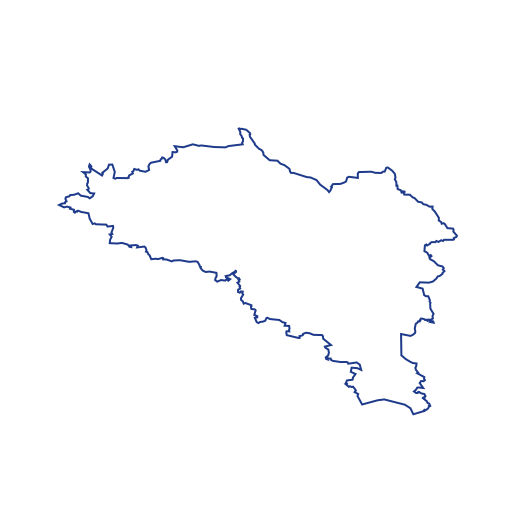 the district of Newcastle West Lea-6, Limerick, Ireland, rotated 193°
{"feature_id": "5873133B14454086811136", "entity_name": "Newcastle West Lea-6", "entity_type": "district", "adm_level": 2, "iso_a3": "IRL", "parent_name": "Ireland", "parent_adm1": "Limerick", "projection": "robinson", "projection_center": [-9.078, 52.442], "detail": "fine", "context": "isolated", "style": "outline", "palette": "blue", "viewbox_px": 512, "rotation_deg": 193, "n_neighbors": 0, "source": "geoboundaries", "source_scale": "gbopen_adm2", "svg_char_len": 6025}
<svg xmlns="http://www.w3.org/2000/svg" viewBox="0 0 512 512"><g transform="rotate(193 256 256)"><path d="M438.7,307.8L438.9,305.5L436.6,302.8L436.2,300.9L436.9,300.0L443.4,298.8L440.1,297.2L439.8,295.2L437.2,293.9L436.3,289.7L436.8,288.4L436.5,286.8L434.2,284.4L434.3,283.1L435.2,282.6L431.6,280.0L427.8,280.5L428.5,277.5L431.0,274.8L433.0,275.7L440.3,275.4L443.4,277.1L446.9,274.8L450.7,273.6L451.3,272.2L454.4,270.5L454.6,268.9L452.9,266.6L454.1,265.6L454.0,264.4L456.7,263.5L459.3,261.4L453.9,260.2L451.3,261.6L447.7,261.5L447.9,260.2L443.8,260.1L443.4,258.0L442.2,257.5L441.4,258.8L440.4,259.0L440.5,259.5L439.4,260.1L436.1,259.6L428.9,260.0L426.4,254.9L422.4,250.5L420.4,251.5L419.2,250.9L408.9,252.9L407.3,251.3L402.1,253.1L401.4,251.5L402.1,246.4L401.0,245.1L403.3,244.1L401.0,242.3L401.8,238.9L401.4,235.6L393.8,237.0L389.6,238.6L383.6,238.3L381.3,236.5L379.7,236.6L380.7,238.0L375.3,239.7L373.5,239.5L373.8,237.6L366.9,240.1L365.5,239.3L364.0,237.1L364.2,235.5L362.7,235.4L361.2,233.4L360.1,233.0L357.3,229.3L353.1,230.8L350.9,230.9L346.6,233.2L345.9,233.0L345.7,231.8L342.4,232.5L336.9,231.8L335.3,233.1L329.1,234.8L319.7,235.3L313.8,237.2L311.7,237.2L309.1,234.6L308.3,233.0L307.3,233.0L307.1,231.6L304.6,229.8L301.5,229.1L297.6,230.4L290.8,230.7L289.8,227.3L290.5,225.3L290.4,223.4L288.0,222.3L284.7,224.7L280.5,225.1L279.4,226.6L277.4,225.7L276.0,227.6L280.3,228.5L281.0,229.6L277.3,231.3L275.0,234.3L272.9,235.9L272.7,236.9L272.0,236.7L271.9,235.9L274.2,233.2L271.3,231.3L268.4,230.1L267.6,230.5L266.9,229.7L268.1,229.5L266.5,227.4L268.1,225.9L264.7,223.2L265.1,222.4L264.1,220.8L265.9,219.1L265.4,216.9L263.6,216.6L262.7,218.1L260.9,218.3L260.9,216.4L259.8,215.5L261.2,211.4L260.6,209.8L258.6,208.8L257.3,206.8L255.8,207.8L249.4,207.0L249.1,206.2L249.5,205.3L248.6,203.4L245.3,203.7L244.1,203.0L244.4,198.2L241.2,197.7L241.0,196.5L243.2,195.5L240.5,191.8L238.5,191.2L237.2,192.6L234.3,193.7L232.4,195.1L231.9,197.8L230.9,198.4L228.3,197.7L218.9,198.9L215.3,197.5L212.2,197.4L212.4,194.5L208.0,195.3L207.0,192.8L207.2,191.5L206.6,190.0L209.3,189.5L209.3,188.1L208.2,185.8L195.7,185.7L195.0,186.1L195.6,187.7L193.2,188.9L192.5,189.7L192.6,190.7L190.0,192.5L186.4,192.8L182.3,192.1L173.9,193.8L172.7,192.9L171.9,190.5L162.9,186.1L168.5,183.2L167.6,182.1L164.5,181.2L163.2,178.2L163.3,175.3L165.2,172.9L164.5,171.5L163.7,171.4L164.3,171.9L163.4,172.2L163.9,172.4L163.4,172.9L162.0,172.3L160.2,172.9L159.4,171.6L157.5,171.1L149.7,171.7L143.9,173.1L142.8,173.0L141.9,171.8L134.0,174.9L130.5,173.5L127.9,168.7L132.1,169.5L137.7,168.7L137.6,164.5L132.5,163.4L134.1,159.7L134.1,157.2L139.4,155.2L139.8,152.8L138.8,152.1L139.9,151.4L136.0,149.4L135.2,150.2L133.1,149.9L132.1,150.5L130.1,149.0L128.4,147.3L129.3,145.6L125.4,144.5L125.6,142.4L119.2,135.2L105.0,142.8L98.8,145.1L77.5,144.6L71.3,142.4L67.1,137.2L57.1,142.9L57.6,143.4L57.2,144.1L55.4,144.4L54.0,146.3L53.7,147.9L53.0,148.6L53.5,149.1L52.7,149.4L54.1,151.2L55.9,151.5L56.9,152.9L61.5,155.1L61.2,155.8L59.8,155.9L59.9,157.3L59.4,157.7L60.9,159.4L63.9,159.3L66.6,160.2L67.4,160.0L67.6,158.9L69.2,158.5L71.6,159.6L70.1,161.5L69.4,163.8L68.5,164.4L63.4,165.0L67.9,169.0L67.0,171.3L64.5,171.7L63.5,173.1L64.6,174.0L64.8,175.9L72.5,178.0L71.7,178.7L74.4,180.9L75.6,182.8L75.1,184.8L75.4,187.4L79.1,187.0L81.5,187.5L86.8,189.2L92.0,191.9L97.1,212.6L87.5,212.9L85.5,214.4L83.7,216.8L83.8,218.4L85.0,221.1L85.1,225.9L83.7,227.3L83.5,228.6L81.7,229.1L81.4,230.1L81.9,230.3L81.2,232.2L78.2,232.4L77.0,231.7L75.6,232.1L74.4,231.4L73.8,231.9L74.6,232.5L72.2,233.1L72.0,231.4L71.0,232.5L70.7,230.9L67.9,231.0L68.6,232.1L69.6,231.8L70.5,232.5L70.5,234.0L69.6,234.9L70.5,237.2L70.0,239.5L74.2,243.9L75.6,248.6L75.4,249.6L76.6,250.7L76.7,252.2L79.1,255.5L81.4,255.1L83.3,255.7L86.3,261.7L92.7,261.9L90.5,267.2L81.6,268.9L77.9,270.9L75.1,274.7L74.4,276.9L72.5,277.9L70.3,280.5L70.5,281.3L69.0,283.7L70.9,284.8L70.3,286.4L71.8,287.7L76.7,287.9L81.5,290.9L85.9,292.2L86.6,293.4L85.0,295.4L86.0,296.2L87.4,295.0L89.8,297.7L93.0,298.6L93.8,304.4L92.7,305.5L91.7,304.7L89.1,307.1L89.1,308.0L88.0,309.0L84.2,309.9L83.7,311.2L81.3,310.8L79.1,313.0L77.1,312.7L76.4,314.1L67.4,316.2L66.9,316.8L67.3,318.0L65.0,319.7L64.8,321.0L69.2,324.2L69.4,326.1L70.2,327.0L75.7,326.2L79.2,329.6L80.6,330.2L82.3,329.2L83.2,330.7L85.9,331.7L86.4,334.3L91.7,339.5L94.8,341.5L95.1,343.9L97.9,343.1L101.5,344.2L104.6,344.1L106.6,345.5L110.2,345.3L114.5,348.1L116.5,348.4L119.9,350.3L125.3,349.2L126.6,351.0L125.6,351.9L125.8,352.2L127.4,352.0L126.8,351.1L128.4,350.5L129.6,352.6L133.0,353.1L134.1,356.4L135.0,356.1L135.9,359.6L138.0,362.0L137.7,363.8L139.3,367.4L142.4,369.7L147.5,371.9L148.9,371.3L149.6,367.2L151.2,366.8L152.6,365.1L158.3,363.9L162.8,364.0L174.7,360.9L175.4,359.3L174.3,355.0L183.2,354.1L184.8,352.9L185.0,349.0L186.5,347.5L190.0,345.2L197.1,343.4L198.0,341.4L197.6,340.1L198.0,340.0L197.7,339.7L198.2,336.5L199.2,334.7L201.1,336.3L209.6,340.0L214.1,343.6L220.6,344.8L224.1,344.3L237.9,345.4L240.7,344.9L242.0,346.2L242.7,348.1L243.8,348.8L248.6,350.9L253.0,351.5L256.5,353.7L264.2,352.4L271.4,356.2L272.3,358.6L274.3,360.4L277.3,361.2L282.2,364.3L282.5,365.3L288.7,370.8L289.5,372.8L289.0,373.6L289.7,374.5L293.9,376.8L299.1,376.7L300.2,375.8L301.0,376.5L301.5,376.2L299.2,373.3L298.8,371.2L296.7,369.4L296.4,368.2L295.0,367.5L294.5,364.5L295.0,363.1L294.1,361.8L307.6,356.9L310.1,355.0L321.1,352.8L334.2,351.4L336.3,350.5L342.7,350.6L351.3,345.6L359.9,344.7L356.4,341.1L356.3,339.9L357.5,339.0L360.7,338.5L360.1,333.9L363.5,330.0L363.7,327.5L364.3,326.9L363.9,326.6L364.4,327.0L364.4,327.3L365.0,327.5L366.0,329.6L368.0,330.8L369.6,330.9L369.8,329.4L370.6,328.8L370.7,327.2L379.4,323.2L380.4,321.7L381.0,319.1L379.5,315.8L382.6,313.2L388.5,313.0L390.0,314.0L391.5,313.2L394.2,313.4L394.6,311.0L395.5,310.2L394.6,308.7L397.6,306.1L398.0,304.7L397.6,303.6L398.6,303.0L409.2,300.7L410.6,299.6L412.4,300.0L412.5,306.2L416.6,312.8L419.8,311.9L420.2,307.9L424.5,302.4L423.7,301.6L424.1,299.8L436.5,304.3L436.6,306.3L438.7,307.8Z" fill="none" stroke="#1e3a8a" stroke-width="2"/></g></svg>